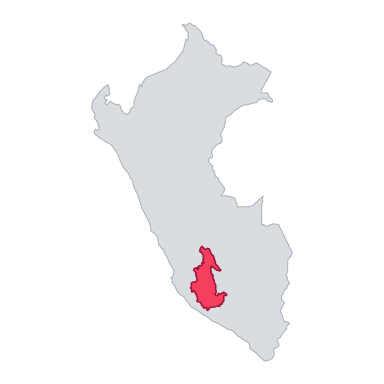 Ayacucho highlighted on a map of Peru
{"feature_id": "PER-586", "entity_name": "Ayacucho", "entity_type": "Department", "adm_level": 1, "iso_a3": "PER", "parent_name": "Peru", "parent_adm1": "", "projection": "natural_earth1", "projection_center": [-74.059, -13.878], "detail": "fine", "context": "in_parent", "style": "filled", "palette": "rose", "viewbox_px": 384, "rotation_deg": 0, "n_neighbors": 0, "source": "natural_earth", "source_scale": "10m", "svg_char_len": 9188}
<svg xmlns="http://www.w3.org/2000/svg" viewBox="0 0 384 384"><path d="M272.6,100.4L272.5,101.6L271.2,102.2L270.0,101.3L268.2,101.6L265.6,98.8L259.3,99.2L256.5,102.5L252.4,103.2L247.8,104.7L242.7,105.3L234.6,110.5L232.7,112.6L229.1,115.7L226.1,116.7L224.6,126.2L221.7,131.7L220.5,134.7L222.1,139.2L222.1,141.5L220.4,143.3L219.1,143.5L216.3,145.4L212.2,149.6L211.5,152.8L212.8,157.0L212.3,157.5L208.9,158.3L209.0,160.7L208.3,161.6L211.2,165.0L212.8,165.8L212.9,166.6L212.6,167.5L212.0,167.9L211.9,168.6L214.0,171.1L215.5,176.2L218.5,178.6L218.6,180.2L219.4,181.9L221.0,183.1L224.6,188.1L224.7,190.5L220.9,195.8L227.2,195.8L234.1,197.7L235.0,198.5L235.9,200.9L236.0,202.5L237.3,203.8L237.2,206.8L246.3,206.8L252.2,206.1L261.7,197.1L263.2,196.3L262.4,198.3L262.3,199.7L262.8,201.2L261.7,203.4L261.6,225.3L263.3,224.2L265.5,226.2L267.1,226.3L272.4,223.9L278.4,224.3L292.4,252.9L291.2,254.9L291.2,256.3L289.5,257.6L287.8,259.9L287.6,271.3L286.2,274.7L287.0,276.5L287.7,280.1L289.0,282.3L289.3,283.7L289.2,284.3L287.2,285.5L287.1,287.5L283.5,291.6L282.9,294.4L281.5,295.3L281.3,298.4L284.5,303.4L282.4,306.4L280.5,310.9L283.6,320.3L284.9,321.7L286.3,321.6L288.4,322.4L289.5,323.8L286.9,325.6L286.5,326.4L286.7,329.4L283.8,331.8L280.1,337.7L279.0,338.0L277.1,339.8L276.8,340.7L277.1,341.5L278.7,343.3L278.9,345.4L276.1,348.1L274.2,348.4L273.5,349.1L274.2,352.7L274.2,354.4L273.6,356.3L272.3,358.4L268.2,360.6L264.5,361.0L258.3,355.5L256.4,353.3L250.2,348.7L249.2,343.9L247.1,341.5L243.3,339.7L240.3,337.2L238.0,336.1L232.5,330.7L227.3,328.9L217.8,323.2L212.6,321.3L206.0,315.9L202.5,314.5L199.6,312.0L190.9,306.7L189.6,305.0L188.3,302.4L186.3,300.8L184.2,297.2L180.9,295.1L177.8,292.3L174.0,284.8L172.2,283.0L172.1,279.6L170.8,278.0L172.7,276.9L173.8,271.6L173.2,269.0L168.8,261.8L167.9,258.8L164.7,253.4L163.5,250.1L161.0,247.7L159.9,245.6L158.5,244.7L158.4,242.2L157.4,237.4L155.9,235.0L150.8,230.5L150.3,225.6L149.1,222.1L142.0,208.3L137.8,195.1L134.3,187.7L132.9,183.4L132.7,181.2L130.1,177.3L128.7,173.7L122.9,166.8L119.5,159.1L119.1,156.8L116.8,152.6L113.0,147.1L111.2,144.9L100.0,138.1L94.7,133.9L94.1,131.8L94.4,130.6L95.5,129.4L97.1,130.3L98.1,130.0L98.8,128.4L98.9,126.2L97.9,123.2L94.3,117.5L95.2,115.0L91.6,108.4L92.4,102.0L93.2,100.3L98.6,93.8L100.1,91.1L102.4,89.3L104.8,86.7L107.6,84.7L108.4,85.4L109.3,88.9L109.2,91.2L110.0,93.8L108.0,96.1L105.9,95.6L105.0,96.2L104.7,97.3L105.0,99.1L105.6,99.8L107.2,99.9L105.1,103.3L105.2,103.9L106.7,104.6L108.2,103.7L109.7,101.7L110.6,101.5L116.1,104.8L118.6,104.4L120.5,106.0L120.8,108.4L123.5,113.1L127.6,114.3L128.2,113.9L129.2,112.1L130.1,111.8L130.2,109.2L133.8,106.4L134.3,104.5L133.8,103.1L133.9,102.0L135.9,95.8L136.6,95.1L137.2,93.1L138.0,91.9L139.2,84.9L140.1,84.9L141.1,86.6L142.1,86.2L141.6,84.6L141.7,84.0L145.6,78.4L146.9,77.2L165.7,69.5L175.1,61.6L183.3,50.5L185.9,39.3L186.9,40.1L188.4,39.8L187.9,35.3L188.3,33.1L188.2,32.5L185.7,29.8L184.6,26.8L182.4,25.2L182.4,24.5L184.8,25.2L187.0,24.9L188.8,23.0L190.2,23.2L193.3,25.7L195.6,26.0L196.3,27.8L198.5,29.1L201.7,33.0L203.1,37.2L203.0,38.0L204.4,40.2L207.5,41.2L210.5,44.3L213.7,45.3L215.1,48.1L216.0,49.0L216.4,50.6L215.9,52.5L216.4,53.5L218.7,55.2L220.7,55.2L221.2,56.0L222.3,60.6L221.5,63.0L221.8,64.3L224.5,65.4L225.2,66.4L227.3,66.6L230.3,65.6L233.9,67.0L236.7,66.5L238.0,66.2L239.4,65.1L240.5,65.2L243.4,62.2L244.2,62.0L247.2,63.3L249.8,65.3L253.0,64.9L254.4,63.7L256.7,63.0L260.8,65.4L261.8,66.6L262.9,66.9L267.4,69.3L268.2,70.3L270.6,71.3L271.1,72.1L270.9,73.0L260.4,92.0L263.6,93.5L266.7,92.6L268.2,93.8L269.4,96.9L271.8,99.0L272.6,100.4Z" fill="#d9dde1" stroke="#a8b0b8" stroke-width="1"/><path d="M209.0,248.7L209.4,249.6L210.0,250.5L210.2,251.2L210.3,251.4L210.4,251.6L210.5,251.8L210.6,252.2L210.5,252.7L210.6,252.9L210.9,253.0L211.0,253.1L211.1,253.4L211.3,253.9L212.1,255.2L212.3,255.4L212.4,255.1L212.7,255.2L213.5,256.1L213.6,256.4L213.7,257.0L213.8,257.4L214.1,257.8L214.1,258.0L214.2,258.7L214.4,259.4L214.5,259.6L214.7,259.9L214.9,260.9L215.0,261.1L215.3,261.3L215.4,261.5L215.2,261.8L215.5,263.3L215.3,263.7L215.3,263.8L215.5,263.9L216.1,264.3L216.3,264.5L216.6,265.2L216.7,265.3L217.2,265.5L217.7,266.0L218.5,267.1L218.9,268.0L219.2,268.3L219.3,268.6L220.1,269.2L220.6,269.7L220.7,269.9L220.6,270.1L220.5,270.6L220.3,270.8L220.2,270.9L219.5,270.8L219.3,270.7L219.0,270.7L218.8,270.7L218.5,270.6L218.3,270.5L216.8,270.2L216.4,270.0L215.7,269.3L215.5,269.0L212.7,267.0L212.4,266.7L212.2,266.3L212.0,266.1L211.8,265.9L211.6,265.9L211.5,266.0L211.4,266.1L211.3,266.3L211.2,266.7L211.1,267.0L211.1,267.3L211.3,267.7L211.2,268.0L210.8,268.6L210.7,268.8L210.7,269.1L210.8,269.7L210.8,269.9L211.0,270.3L211.0,270.9L211.2,271.6L211.2,272.9L211.3,273.2L211.5,273.7L211.7,273.9L211.8,274.0L212.2,274.2L212.4,274.2L212.5,274.4L212.6,274.5L212.9,275.2L213.2,275.6L213.2,275.9L213.2,276.0L212.3,276.3L212.4,276.7L214.2,280.6L214.3,281.8L214.5,282.6L214.6,283.0L214.7,283.3L215.1,283.8L215.6,284.8L215.7,285.1L215.7,285.3L215.7,285.6L215.8,286.4L215.8,287.1L215.6,289.5L215.6,289.8L216.0,290.6L216.2,291.2L216.3,291.6L215.9,293.1L215.8,293.3L215.6,293.4L215.2,293.4L215.1,293.5L215.7,295.5L215.9,295.7L216.6,295.5L217.1,295.5L217.3,295.4L217.5,295.2L217.7,294.8L217.8,294.7L218.1,294.3L218.2,294.2L218.3,294.0L218.4,293.6L218.5,293.5L218.8,293.6L219.2,293.7L219.4,293.8L219.6,293.8L219.8,293.8L220.2,293.8L220.5,293.7L221.2,293.5L221.5,293.4L221.8,293.4L222.0,293.3L222.1,293.2L222.3,292.9L222.5,292.9L222.9,292.9L223.1,292.9L223.3,292.8L223.4,292.7L223.5,292.4L223.6,292.2L224.1,292.4L224.4,292.7L224.8,293.0L225.3,293.4L225.5,293.6L226.5,294.1L226.6,294.7L226.7,295.1L226.7,295.3L226.4,295.5L226.1,295.6L225.9,295.6L225.7,295.6L225.0,295.5L224.8,295.5L224.6,295.6L224.3,295.7L224.2,295.8L224.0,296.1L223.8,296.3L223.7,296.5L223.6,297.4L223.7,297.8L223.9,298.1L224.0,298.4L224.0,298.6L224.0,298.8L223.9,299.1L223.8,299.8L223.7,300.7L223.6,301.5L223.4,301.7L222.5,302.7L222.3,302.9L221.8,304.1L221.6,304.4L221.5,304.5L221.4,304.6L221.2,304.6L220.7,304.4L220.3,304.3L220.0,304.3L219.8,304.3L219.7,304.4L219.6,304.5L219.5,305.1L219.6,305.8L219.7,306.4L219.0,306.4L217.8,306.2L217.5,306.1L217.4,306.0L216.9,305.8L215.1,306.8L214.4,307.0L213.7,307.0L212.0,307.3L210.4,307.3L210.1,307.3L209.9,307.4L209.8,307.6L209.1,308.7L208.9,309.2L208.8,309.4L208.7,309.6L207.5,310.3L207.2,310.3L207.0,310.2L207.0,309.9L207.0,309.7L207.1,308.9L207.1,308.7L206.8,308.3L206.8,308.2L206.7,307.7L206.6,307.4L206.4,307.4L205.9,307.7L205.5,308.0L205.1,308.1L204.9,308.2L204.7,308.2L204.4,308.2L204.1,308.0L203.9,308.0L203.7,307.8L203.1,307.1L203.0,306.9L202.9,306.6L202.9,306.2L202.6,306.0L202.0,305.7L201.8,305.6L201.7,305.4L201.7,305.2L201.6,304.9L201.5,304.5L201.1,303.8L200.9,303.5L200.9,303.2L201.0,302.8L201.0,302.7L200.9,302.6L200.7,302.5L200.1,302.4L198.9,301.9L197.7,301.7L197.3,301.5L197.1,301.4L197.0,301.1L196.9,300.7L197.4,299.1L197.5,298.8L197.5,298.2L197.4,297.5L197.4,297.3L197.3,297.1L197.0,296.7L196.8,296.1L196.5,295.7L196.3,295.2L196.3,294.6L196.2,294.3L196.2,294.1L196.0,293.8L195.3,293.3L195.1,293.1L195.0,292.8L195.0,292.6L195.1,292.1L195.0,291.9L194.6,291.5L194.4,291.2L194.1,290.8L193.8,290.8L193.7,290.8L193.2,291.5L192.9,291.8L191.9,292.0L191.8,291.9L191.7,291.8L191.7,291.3L191.5,290.6L191.8,289.8L191.8,289.4L191.6,289.1L191.5,288.9L191.4,288.8L190.7,288.3L190.5,287.9L190.6,287.6L190.7,287.3L190.9,287.0L191.5,285.7L191.6,285.4L191.5,285.0L191.2,284.3L191.2,284.0L191.3,283.7L191.7,282.8L192.1,282.6L192.7,282.2L195.3,281.6L196.2,281.7L196.4,281.6L196.6,281.5L196.7,281.3L196.7,280.9L196.9,278.8L196.8,277.8L196.4,276.6L195.8,275.1L195.8,274.5L195.8,273.1L195.7,272.8L195.6,272.6L195.5,272.3L195.1,272.0L195.0,271.9L194.9,271.7L194.8,271.3L194.7,271.2L194.4,271.0L194.0,270.7L193.8,270.6L193.7,270.5L193.7,270.3L194.1,268.6L194.3,268.4L195.1,268.2L195.7,267.9L195.9,267.9L196.0,267.9L196.2,268.0L196.3,268.1L196.5,268.7L196.6,268.8L197.0,269.0L197.4,269.1L197.9,269.3L198.2,269.3L198.7,268.6L198.8,268.5L198.8,268.4L198.5,268.3L198.3,268.3L198.0,268.1L197.5,267.4L197.8,267.1L198.6,266.6L198.8,266.3L199.0,265.8L199.1,265.7L199.4,265.6L199.6,265.8L199.8,265.8L200.0,265.8L200.3,265.7L200.5,265.7L200.8,265.7L201.4,265.6L201.6,265.5L201.9,265.3L202.0,265.0L202.0,264.8L202.0,264.6L202.0,264.4L201.8,264.1L201.7,263.7L201.7,263.2L201.8,263.0L201.8,262.9L201.9,262.7L202.0,262.6L202.3,262.4L202.5,262.3L203.1,262.6L203.6,263.0L203.8,263.1L203.9,262.9L203.9,262.4L203.8,262.1L203.4,260.8L203.0,260.4L203.1,259.8L203.1,259.6L203.0,259.1L203.2,258.9L203.4,258.9L203.5,258.9L203.5,258.6L203.6,258.3L203.6,258.1L203.6,257.7L203.2,256.7L203.1,256.4L203.1,256.2L203.2,255.8L203.2,255.4L203.2,255.2L203.1,254.9L202.9,254.6L202.1,253.5L201.8,253.0L201.5,252.2L201.4,252.1L201.1,251.9L200.8,252.0L200.6,252.1L200.4,252.1L200.2,251.9L199.6,250.9L200.0,249.9L200.4,248.3L200.5,248.1L200.6,247.8L201.2,247.2L202.2,246.3L202.5,246.7L202.6,246.8L202.7,247.1L202.8,247.4L202.8,247.6L203.0,247.7L203.5,247.9L203.7,248.0L203.8,248.1L204.1,248.5L204.4,248.7L204.6,249.0L204.9,249.2L205.6,249.4L205.9,249.4L206.1,249.3L206.4,249.1L206.8,248.7L207.1,248.5L207.2,248.4L207.4,248.5L207.6,248.5L208.1,248.8L208.3,248.8L209.0,248.7Z" fill="#f43f5e" stroke="#9f1239" stroke-width="1.5"/></svg>